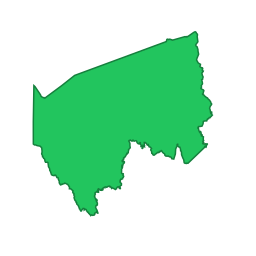 Aveiro, Pará, Brazil (Equal Earth projection), rotated 342°
{"feature_id": "56859067B38490722254751", "entity_name": "Aveiro", "entity_type": "district", "adm_level": 2, "iso_a3": "BRA", "parent_name": "Brazil", "parent_adm1": "Pará", "projection": "equal_earth", "projection_center": [-55.979, -3.763], "detail": "fine", "context": "isolated", "style": "filled", "palette": "green", "viewbox_px": 256, "rotation_deg": 342, "n_neighbors": 0, "source": "geoboundaries", "source_scale": "gbopen_adm2", "svg_char_len": 5924}
<svg xmlns="http://www.w3.org/2000/svg" viewBox="0 0 256 256"><g transform="rotate(342 128 128)"><path d="M39.9,92.7L33.0,114.0L33.8,115.2L35.0,115.6L36.0,116.6L38.8,118.1L39.8,120.2L39.1,123.5L38.5,125.0L38.0,125.6L37.9,126.6L38.2,128.0L37.8,128.9L38.3,129.5L38.4,130.8L38.9,131.4L39.1,132.0L38.8,133.9L39.0,135.1L41.0,135.8L41.2,136.2L40.4,140.3L40.8,141.9L40.8,143.0L40.5,143.9L40.8,145.5L40.8,148.8L41.5,149.6L43.0,150.5L43.6,150.2L44.4,150.4L44.7,150.7L45.1,153.2L46.1,153.6L45.9,155.7L46.2,157.4L45.8,158.3L45.7,159.6L46.2,161.2L46.5,161.4L47.0,160.9L48.0,161.3L48.7,161.0L49.7,161.3L50.8,160.9L51.8,161.6L52.3,162.3L53.2,162.9L53.9,165.5L54.1,165.8L53.5,167.7L54.8,168.0L54.9,168.6L56.3,170.7L55.6,171.9L55.7,172.9L56.3,173.6L56.3,174.2L55.8,174.8L55.9,177.0L55.2,177.5L55.1,179.1L55.3,179.6L55.2,180.6L55.8,181.4L55.8,181.9L55.6,182.4L56.1,183.0L55.8,183.9L55.8,184.5L56.8,186.5L56.7,187.0L56.9,188.8L56.8,189.8L57.1,190.0L57.3,191.8L57.5,192.4L58.1,192.5L58.6,191.8L60.4,190.6L61.3,191.0L61.1,191.5L61.3,191.9L61.1,192.4L62.2,192.0L62.9,192.5L63.1,192.9L62.9,193.8L63.5,194.9L63.5,195.4L63.9,195.5L64.3,197.2L64.7,197.4L64.9,198.4L65.4,199.2L65.5,199.8L66.5,199.4L67.5,200.2L69.2,200.3L69.8,199.7L69.8,199.1L70.2,198.7L71.5,198.6L72.1,198.0L72.5,198.6L72.5,199.1L72.8,199.6L73.1,199.6L73.1,196.5L72.7,194.6L72.7,193.4L73.5,192.1L73.8,191.9L74.5,192.0L75.0,191.7L74.9,191.3L75.3,191.1L75.7,189.9L75.3,188.3L75.4,187.2L75.7,187.1L76.2,187.4L76.3,186.9L76.2,186.5L75.4,186.4L75.2,186.1L75.6,185.8L75.6,185.4L75.2,184.7L74.9,183.0L75.3,182.8L75.5,182.2L75.4,181.8L76.5,180.8L76.4,179.8L76.9,179.3L77.6,179.3L79.3,178.4L79.2,179.6L80.1,180.0L80.6,178.4L80.4,177.1L81.0,176.7L81.3,176.7L82.5,178.7L83.4,179.0L83.7,178.2L84.7,179.2L85.0,179.0L85.4,178.3L85.2,177.8L86.1,177.3L86.7,177.2L87.6,177.7L87.9,177.0L88.7,177.1L89.4,177.8L90.1,177.7L90.4,177.4L90.9,177.5L92.0,177.4L92.7,177.7L92.7,178.6L93.4,178.6L93.8,180.4L94.5,180.0L96.4,181.8L96.9,182.6L98.3,182.2L98.6,181.6L100.0,180.8L101.0,181.0L101.0,182.3L101.7,183.3L102.1,183.1L102.1,181.3L102.6,180.8L104.1,180.3L104.6,178.8L103.7,177.1L103.7,176.7L104.3,176.2L104.3,175.4L105.4,174.4L105.7,174.5L105.9,174.8L107.2,174.6L107.5,173.7L108.2,173.5L108.8,172.9L109.0,172.5L108.6,171.2L109.3,170.4L109.3,170.0L108.0,169.3L107.9,168.8L108.8,166.5L108.9,165.6L110.5,163.9L110.6,163.6L110.0,163.2L110.6,161.9L111.1,162.6L112.2,160.8L113.7,160.0L114.1,159.2L114.0,158.8L113.6,158.9L113.4,158.1L112.5,158.5L112.2,158.2L112.3,157.4L112.7,157.4L113.2,156.7L114.4,156.2L114.4,155.3L114.7,155.1L114.9,155.3L115.8,154.6L116.4,154.6L118.0,153.0L119.0,152.5L118.9,152.1L119.2,151.7L119.7,152.0L120.6,151.6L121.1,150.3L121.6,149.7L121.8,148.8L124.0,147.5L124.5,144.8L125.0,143.7L125.0,141.6L124.7,140.8L124.9,140.4L125.2,140.2L126.5,140.2L127.2,141.4L128.2,141.7L128.6,141.1L128.9,141.1L129.2,141.2L129.7,142.4L131.7,142.5L132.2,143.2L132.1,144.7L132.9,146.2L133.6,146.5L133.8,146.1L134.9,145.5L135.2,145.8L134.7,147.4L135.4,148.9L134.8,149.2L134.6,149.6L135.3,149.9L135.6,149.8L135.8,150.2L135.1,151.7L135.3,151.9L135.9,151.7L136.9,149.6L137.2,150.5L137.8,150.9L137.8,150.2L138.3,150.0L138.2,149.1L138.7,148.3L139.0,146.8L139.7,147.0L140.7,148.3L141.1,150.2L142.1,150.0L142.3,152.5L143.4,153.1L144.0,154.8L143.4,155.1L142.8,156.0L143.2,157.3L142.8,159.5L143.4,159.9L143.4,160.7L143.7,161.6L144.8,161.9L146.3,161.1L147.2,161.1L148.4,160.3L148.9,160.7L149.8,160.9L150.2,160.7L150.5,160.0L151.0,160.1L151.2,160.4L151.7,160.1L152.3,160.2L152.7,159.8L153.0,160.1L153.3,161.6L153.9,162.8L154.8,163.9L154.7,165.5L155.2,166.3L156.7,167.0L157.5,167.0L158.6,168.3L159.2,168.4L160.1,169.4L160.0,170.1L160.3,171.0L161.3,171.2L161.9,171.7L165.0,167.4L166.9,162.6L169.0,160.4L169.7,158.8L170.0,158.7L170.3,158.9L169.7,159.6L169.7,160.3L170.7,162.0L171.4,162.3L171.4,163.0L171.4,164.4L171.0,166.0L171.4,166.5L171.3,167.9L170.7,170.0L170.9,173.6L171.2,175.3L170.7,178.4L171.4,179.3L172.1,179.4L172.6,179.8L173.1,179.6L174.1,180.1L195.2,169.9L195.2,169.4L195.5,169.2L196.1,169.6L196.3,170.3L196.6,170.1L196.9,168.9L197.6,168.6L198.5,167.8L198.4,167.5L198.0,167.4L197.2,167.8L196.9,167.0L195.4,166.9L194.9,166.1L194.4,166.1L194.3,165.7L194.6,165.5L195.4,165.4L195.0,164.5L195.0,163.7L195.8,163.7L196.1,163.4L196.0,162.1L197.0,159.7L195.6,158.3L196.2,158.0L196.4,157.5L196.1,157.2L195.6,157.4L195.4,156.9L195.5,156.5L195.9,156.4L195.8,155.6L196.1,154.6L195.9,153.7L195.5,153.6L194.8,154.1L194.6,151.8L194.9,150.7L194.4,149.6L194.7,149.2L195.1,149.3L195.5,148.4L196.8,148.8L199.0,149.1L200.7,147.2L201.5,145.3L201.8,145.0L203.2,145.0L205.0,145.6L205.4,144.9L206.1,144.6L206.5,143.9L207.6,144.1L208.4,143.2L209.3,143.5L209.7,143.0L210.5,142.8L212.2,141.8L211.9,141.3L212.0,140.4L212.5,138.7L212.2,138.5L211.6,139.8L211.3,139.8L211.3,138.9L211.7,136.7L211.7,134.4L212.9,132.8L214.8,131.4L215.0,130.9L214.6,130.1L214.7,128.8L214.1,126.7L213.1,125.0L212.9,124.0L211.9,123.1L211.4,122.0L210.7,121.3L210.3,119.9L209.4,119.2L209.4,118.7L210.4,118.1L210.9,116.8L211.6,116.2L211.7,115.8L211.4,115.0L210.3,114.0L209.9,113.2L209.6,113.1L209.6,112.6L210.6,111.8L210.7,110.4L212.5,109.0L212.8,107.6L213.0,104.8L214.0,104.7L214.4,103.8L215.2,102.7L215.0,100.9L215.2,98.6L216.9,97.5L217.2,97.1L216.5,96.6L216.4,96.2L216.9,95.6L217.0,94.8L217.5,94.3L217.3,93.7L216.6,93.4L215.4,92.0L215.4,91.5L216.3,90.6L216.6,89.8L215.4,88.5L214.7,87.4L214.6,86.0L214.2,84.9L214.6,83.7L218.0,79.6L218.3,76.7L218.8,74.7L218.7,73.1L218.9,72.7L218.8,72.1L218.1,71.2L218.0,70.1L218.2,69.7L221.1,67.6L222.1,62.2L222.8,61.1L223.0,60.2L222.5,59.4L222.2,57.8L221.6,57.2L220.0,57.4L213.1,59.5L212.6,59.3L212.1,59.6L211.5,59.0L210.9,59.1L210.3,58.7L197.4,58.2L196.9,57.5L196.4,57.5L195.3,56.4L194.1,56.6L193.4,55.8L192.6,55.7L192.3,55.8L191.2,57.6L189.5,57.7L93.5,61.5L78.1,67.2L58.1,73.9L57.6,73.2L57.3,73.3L55.9,72.1L55.0,70.7L55.1,69.8L54.6,67.8L52.3,59.8L51.6,58.6L39.9,92.7Z" fill="#22c55e" stroke="#15803d" stroke-width="1.5"/></g></svg>